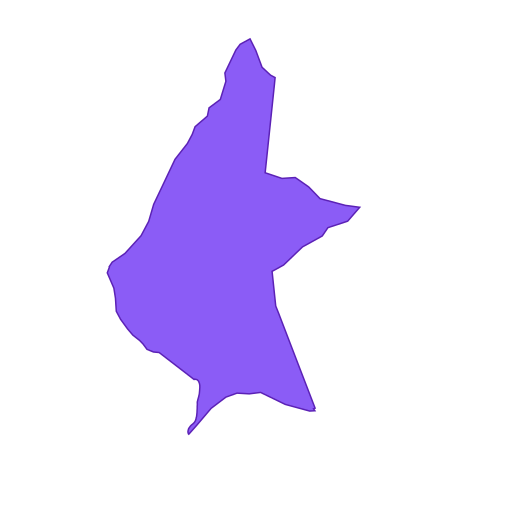 Mal Maison, Soufrière, Saint Lucia (Albers equal-area conic projection), rotated 118°
{"feature_id": "8701671B16128625192304", "entity_name": "Mal Maison", "entity_type": "district", "adm_level": 2, "iso_a3": "LCA", "parent_name": "Saint Lucia", "parent_adm1": "Soufrière", "projection": "albers", "projection_center": [-61.046, 13.875], "detail": "fine", "context": "isolated", "style": "filled", "palette": "violet", "viewbox_px": 512, "rotation_deg": 118, "n_neighbors": 0, "source": "geoboundaries", "source_scale": "gbopen_adm2", "svg_char_len": 1625}
<svg xmlns="http://www.w3.org/2000/svg" viewBox="0 0 512 512"><g transform="rotate(118 256 256)"><path d="M365.0,131.4L363.9,133.5L362.6,132.4L330.6,169.3L297.9,206.9L296.4,208.6L290.9,215.1L262.0,234.6L259.3,232.8L251.0,227.4L226.1,219.2L207.2,206.9L197.2,205.8L182.2,191.4L164.3,187.3L168.4,198.4L169.3,200.7L171.3,209.3L175.3,226.4L170.3,241.8L168.9,252.9L168.3,258.2L175.3,269.5L176.8,278.6L178.2,287.0L95.8,320.3L89.5,322.9L89.5,328.0L88.7,331.1L86.5,339.3L74.6,352.7L69.6,359.7L67.1,363.2L76.5,369.4L83.5,370.5L109.0,369.4L115.9,364.6L134.5,361.0L147.2,367.0L155.3,364.6L170.4,370.5L178.5,369.4L188.9,369.4L208.6,372.9L234.1,371.7L258.4,370.6L275.8,367.0L292.0,367.0L315.2,372.9L329.0,380.1L334.4,380.6L334.8,380.2L340.7,379.4L351.1,366.4L359.2,360.3L370.4,353.4L375.5,345.8L380.7,335.1L383.7,327.5L385.2,319.1L386.7,314.5L389.6,308.4L388.9,301.5L386.7,296.2L394.1,252.7L393.5,252.4L393.2,251.2L393.0,250.6L392.9,250.0L393.0,249.5L393.2,248.7L393.7,247.7L395.2,246.0L396.6,244.9L398.4,243.9L401.3,242.6L404.4,241.3L407.4,240.5L409.7,240.0L412.5,239.3L414.1,238.4L414.8,238.0L416.2,237.4L418.1,236.4L420.7,235.2L421.7,234.7L423.6,233.9L425.7,233.1L427.1,232.8L428.0,232.5L428.6,232.4L429.6,232.2L430.9,232.2L431.8,232.3L432.6,232.5L433.5,232.8L434.1,233.0L435.2,233.5L436.0,233.8L437.2,234.1L438.1,234.2L438.8,234.3L439.5,234.4L440.3,234.4L441.1,234.2L441.7,234.1L442.5,233.8L443.1,233.6L443.7,233.2L444.1,232.8L444.7,232.3L444.9,231.7L444.2,231.5L433.5,228.9L411.6,224.1L394.7,216.3L386.0,208.4L380.9,197.3L374.3,187.9L373.3,160.5L367.7,135.8L365.0,131.4Z" fill="#8b5cf6" stroke="#5b21b6" stroke-width="1.5"/></g></svg>